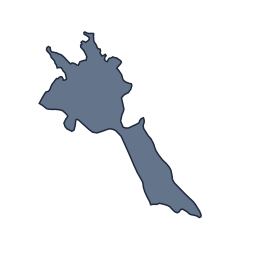 the district of Kuching, Sarawak, Malaysia, rotated 314°
{"feature_id": "92858781B71965080514918", "entity_name": "Kuching", "entity_type": "district", "adm_level": 2, "iso_a3": "MYS", "parent_name": "Malaysia", "parent_adm1": "Sarawak", "projection": "equal_earth", "projection_center": [110.334, 1.429], "detail": "fine", "context": "isolated", "style": "filled", "palette": "slate", "viewbox_px": 256, "rotation_deg": 314, "n_neighbors": 0, "source": "geoboundaries", "source_scale": "gbopen_adm2", "svg_char_len": 3004}
<svg xmlns="http://www.w3.org/2000/svg" viewBox="0 0 256 256"><g transform="rotate(314 128 128)"><path d="M85.0,84.6L86.2,88.5L86.6,89.9L89.1,90.6L93.4,88.1L96.4,85.7L98.0,84.8L98.7,85.2L99.5,87.3L99.5,91.5L99.7,96.1L99.9,101.7L100.4,105.4L102.9,109.1L107.1,111.4L111.8,113.7L114.1,114.9L115.5,116.4L116.8,118.6L117.6,121.3L117.3,128.9L110.4,146.1L105.2,158.5L102.4,165.7L99.4,175.8L98.0,177.9L95.9,180.5L94.0,184.0L92.3,188.1L89.8,195.5L88.5,197.5L91.2,199.6L91.9,200.6L93.1,201.7L94.4,202.4L95.7,202.9L96.5,204.3L97.6,206.1L99.5,209.6L100.4,212.4L100.2,217.5L100.3,220.0L101.2,222.3L103.1,223.0L104.8,222.7L106.3,222.7L107.6,223.7L108.8,228.7L108.8,231.7L109.5,233.6L110.8,235.5L112.5,238.5L113.1,241.4L114.7,242.1L115.9,241.2L116.2,241.0L117.9,237.3L118.6,234.1L119.7,230.1L120.3,226.5L120.3,223.4L120.2,220.4L120.2,214.9L120.7,199.4L121.9,195.7L123.6,193.7L125.2,191.5L126.3,189.8L127.4,188.3L128.5,184.8L129.0,180.3L129.0,174.9L129.9,168.7L131.1,163.8L132.4,161.0L133.8,158.5L134.9,156.0L136.2,151.8L136.4,147.9L137.0,145.8L138.4,139.8L140.1,137.3L143.4,135.6L144.8,134.3L146.1,132.0L143.9,131.0L141.3,131.3L139.6,132.4L135.8,131.2L133.0,130.1L128.2,128.3L126.1,125.9L125.2,123.8L127.8,117.9L131.6,115.5L133.8,114.2L136.6,113.2L138.8,111.9L140.9,108.8L143.5,104.9L145.0,102.4L146.9,102.2L149.4,102.2L151.8,103.0L153.7,103.7L155.8,103.3L157.8,103.1L159.5,102.2L161.3,101.2L162.1,99.6L160.9,97.8L160.1,95.9L159.3,93.8L159.2,91.1L160.3,89.0L161.8,86.6L163.1,80.9L163.1,78.5L165.5,78.1L168.2,78.1L170.7,77.6L171.3,76.0L170.7,72.5L170.5,71.2L169.8,70.2L168.4,67.5L167.6,67.5L166.4,67.0L165.1,66.1L163.9,66.1L161.4,67.0L160.7,65.8L160.9,63.5L163.1,62.1L164.8,62.1L165.2,60.5L163.5,60.1L161.7,59.2L162.6,55.5L163.7,55.2L164.7,54.3L165.4,53.1L164.3,51.5L164.5,49.7L165.5,48.0L166.5,43.7L167.5,42.1L169.2,40.4L170.2,39.0L171.1,38.8L172.0,37.6L170.9,36.2L169.0,34.4L167.9,32.8L167.1,30.2L166.0,30.0L165.0,31.4L165.8,34.2L166.2,37.4L164.5,38.6L162.6,38.6L160.0,37.9L159.9,36.7L159.0,34.9L157.1,34.7L156.1,36.7L154.8,36.3L153.3,37.9L153.2,40.2L152.8,43.0L151.9,45.7L150.8,48.7L147.7,50.8L146.5,49.7L145.1,48.8L143.6,48.1L142.2,47.4L140.5,48.0L138.7,48.7L137.8,47.4L137.5,45.5L136.7,43.6L135.8,42.5L134.1,42.0L134.2,39.7L134.3,36.5L134.5,33.7L134.5,31.6L134.2,28.9L133.0,26.3L132.5,24.5L131.1,22.4L129.8,20.3L129.9,18.5L130.8,17.5L131.9,16.1L131.3,14.1L129.6,13.9L127.8,14.8L127.1,16.4L127.1,19.4L126.5,22.1L125.4,23.8L125.4,25.9L125.1,28.6L124.0,30.5L123.5,32.8L122.0,35.4L123.5,36.3L124.9,38.1L124.7,39.7L124.0,41.4L124.0,43.7L123.6,45.1L122.7,46.5L121.7,48.0L120.7,49.7L118.9,49.5L117.5,48.3L117.9,48.0L118.9,45.0L118.2,43.9L116.7,43.4L114.8,43.4L114.1,42.3L112.8,42.3L111.1,42.5L109.0,42.8L106.7,43.0L104.0,43.9L102.2,44.8L100.1,45.3L98.6,45.1L97.7,44.3L96.7,43.9L95.5,44.1L91.0,45.1L84.0,47.1L85.0,51.5L85.1,53.4L85.4,56.1L86.6,58.0L88.1,59.9L90.8,62.6L93.4,65.8L95.0,68.8L95.2,72.1L95.0,75.8L93.8,76.9L91.4,77.0L87.0,78.5L85.3,81.8L85.0,84.6Z" fill="#64748b" stroke="#1e293b" stroke-width="1.5"/></g></svg>